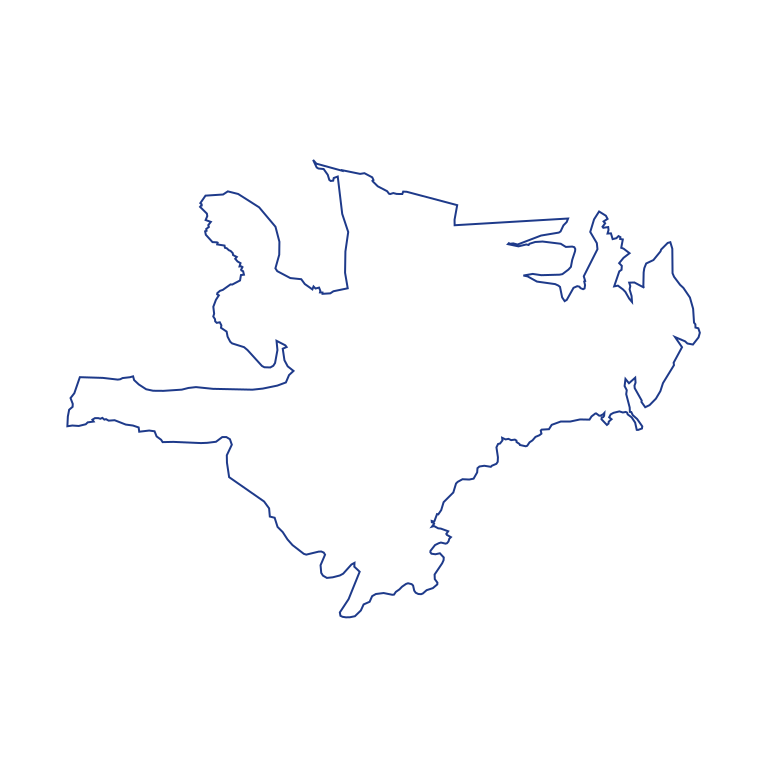 the district of Tarandacuao, Guanajuato, Mexico, rotated 85°
{"feature_id": "50627088B84371982021129", "entity_name": "Tarandacuao", "entity_type": "district", "adm_level": 2, "iso_a3": "MEX", "parent_name": "Mexico", "parent_adm1": "Guanajuato", "projection": "equal_earth", "projection_center": [-100.532, 19.999], "detail": "fine", "context": "isolated", "style": "outline", "palette": "blue", "viewbox_px": 768, "rotation_deg": 85, "n_neighbors": 0, "source": "geoboundaries", "source_scale": "gbopen_adm2", "svg_char_len": 6141}
<svg xmlns="http://www.w3.org/2000/svg" viewBox="0 0 768 768"><g transform="rotate(85 384 384)"><path d="M475.8,284.8L474.8,283.6L473.3,279.0L471.4,277.5L466.9,276.9L456.9,277.5L453.7,275.6L453.4,273.6L450.5,270.9L447.9,271.0L449.8,267.7L449.5,264.8L451.0,262.2L450.8,258.5L451.9,257.0L453.4,257.0L455.5,254.3L456.6,253.9L458.4,248.2L458.0,246.7L454.8,244.1L453.1,241.0L449.9,237.7L448.6,233.7L447.2,231.5L444.0,231.9L443.2,230.9L443.4,223.6L439.3,220.5L436.8,211.2L437.6,201.6L436.4,191.8L437.4,182.4L434.4,180.1L431.8,176.0L431.8,175.2L434.3,172.4L434.4,171.1L433.3,168.4L432.0,167.0L434.9,167.5L436.1,168.5L436.3,170.0L438.1,170.4L444.2,165.5L443.0,163.8L441.1,163.4L438.9,160.4L436.8,162.6L434.0,160.8L432.7,157.8L431.8,151.9L433.2,148.5L432.9,145.6L433.7,144.3L435.5,143.9L438.8,140.2L444.3,137.2L451.7,136.2L451.9,134.9L450.8,130.9L448.7,130.4L440.9,134.9L436.7,138.9L433.5,140.1L433.2,141.5L428.8,141.3L415.2,143.6L411.3,142.7L407.0,144.5L400.0,143.0L404.6,139.9L399.6,133.2L404.6,133.3L407.4,134.6L410.0,134.6L423.0,128.7L424.3,129.1L429.9,125.8L428.2,121.3L422.3,114.4L415.2,109.3L407.4,106.0L390.5,93.5L388.0,93.6L373.3,83.9L362.6,90.0L367.7,80.4L370.1,78.2L371.6,72.8L365.0,66.6L360.5,64.9L355.9,66.0L354.9,68.8L351.7,68.6L349.9,69.8L336.0,69.5L324.5,71.7L314.3,77.4L311.0,80.4L302.5,85.7L298.8,86.9L274.4,85.0L267.7,86.4L268.2,89.1L274.2,96.2L276.0,97.0L284.0,104.8L286.8,112.3L291.3,114.6L295.4,115.6L309.9,117.2L310.8,116.3L304.7,125.7L304.4,130.9L307.9,130.1L311.1,131.1L317.9,129.7L323.9,129.8L320.3,132.3L313.3,135.5L310.6,137.7L306.4,142.4L306.8,146.2L292.3,139.8L290.9,137.4L287.0,136.8L284.1,139.2L279.2,134.4L275.1,128.0L270.0,133.6L269.0,135.8L260.8,133.5L260.1,136.1L258.3,135.7L257.1,137.5L259.0,139.8L259.6,143.6L253.7,144.8L253.6,148.2L250.1,146.9L247.2,147.0L247.5,151.9L246.4,152.6L243.2,149.7L241.2,151.1L239.0,146.9L235.7,148.3L230.9,154.7L238.3,160.4L250.5,165.3L262.2,159.7L268.3,159.6L294.1,175.6L299.0,174.6L299.3,175.6L303.0,175.1L306.3,175.9L306.9,177.4L305.6,179.9L304.1,180.8L303.4,183.0L304.7,186.8L316.1,194.6L317.2,196.8L313.2,199.0L302.6,200.2L301.1,201.8L299.4,204.8L295.3,222.7L289.3,231.6L288.1,235.7L287.3,226.3L289.3,217.8L290.4,199.5L290.1,196.7L286.1,190.3L283.6,187.6L276.8,185.7L268.4,182.1L266.2,181.7L264.3,182.5L263.5,184.5L263.3,190.9L259.7,195.7L255.9,213.6L255.7,221.0L257.0,226.9L258.1,227.8L257.4,230.1L258.6,238.1L255.5,248.3L254.6,247.3L255.3,246.5L255.2,243.0L256.7,238.8L249.8,214.6L248.4,196.6L247.4,194.8L241.6,191.4L238.6,187.9L235.2,186.2L232.0,299.8L226.5,299.4L212.2,295.5L194.5,344.6L194.0,348.1L196.3,349.2L195.8,354.7L194.6,358.1L195.3,361.3L194.9,362.4L192.2,364.1L186.5,373.0L181.1,377.6L180.6,377.8L179.9,376.7L177.1,377.7L172.3,385.1L172.6,389.5L167.4,407.0L168.0,406.9L158.6,432.2L154.6,435.1L162.4,432.2L163.6,430.6L164.6,425.4L170.7,421.8L175.9,420.7L177.1,419.4L177.0,416.9L174.4,416.1L173.3,412.0L210.9,410.8L229.5,406.4L248.6,410.9L269.8,413.1L285.5,411.8L287.2,426.3L289.0,429.6L288.8,437.4L287.5,437.3L287.2,439.8L285.7,439.3L282.3,440.3L282.9,443.9L280.7,445.7L283.5,447.1L277.5,454.2L272.4,457.3L270.3,468.1L262.3,480.5L259.3,482.1L246.1,477.1L233.2,475.8L217.9,478.4L197.1,493.0L182.0,512.7L178.5,522.8L181.2,527.8L180.8,545.4L187.8,551.2L189.1,550.0L191.1,550.1L190.2,550.5L191.5,551.8L198.8,545.6L201.3,545.4L205.1,547.4L207.4,542.4L210.4,545.2L212.3,544.8L214.1,547.6L215.9,547.4L216.3,548.9L219.8,548.5L227.7,542.5L228.3,538.1L228.7,537.4L230.4,538.0L232.2,530.8L234.4,530.6L235.1,528.8L237.2,526.9L238.1,525.2L240.4,523.3L242.4,523.1L244.6,519.6L246.3,521.3L249.2,519.2L251.1,516.4L254.3,517.7L254.4,515.8L255.2,514.8L257.7,516.4L258.5,516.1L259.4,514.5L262.9,514.0L263.0,517.0L268.3,518.4L271.7,526.5L271.4,528.2L276.2,536.4L276.9,539.3L278.9,542.1L280.1,542.4L281.3,540.8L285.5,544.1L292.2,547.3L299.2,547.1L301.9,548.2L304.7,546.7L306.9,546.7L308.5,545.3L308.2,542.2L311.4,540.9L313.8,541.5L318.1,536.2L323.2,535.7L328.5,533.5L330.3,531.8L335.1,520.2L338.3,517.0L355.4,504.0L356.9,501.7L357.6,495.8L356.2,492.7L353.6,490.7L340.9,487.2L331.6,487.3L336.9,478.9L338.7,477.8L340.0,481.8L351.7,481.1L358.0,478.4L363.1,473.0L366.8,477.8L373.9,481.6L376.3,490.4L378.0,505.1L378.2,515.5L373.9,554.9L370.7,571.6L370.9,579.2L372.0,585.9L371.6,604.3L370.6,614.6L368.5,621.4L363.1,628.3L358.3,632.6L354.5,633.3L355.1,636.4L355.3,643.9L356.3,646.4L356.4,648.9L353.4,663.6L350.7,686.4L366.2,693.3L370.7,697.5L376.7,695.8L379.6,696.2L382.2,699.9L388.9,701.8L398.5,703.1L398.2,698.1L399.2,691.7L398.1,684.6L396.4,682.5L396.1,676.5L394.1,677.6L392.8,674.9L393.1,671.6L393.9,669.6L393.2,667.5L395.1,665.7L394.8,664.0L396.5,661.5L396.6,655.5L401.9,644.8L403.5,637.7L405.9,632.2L410.2,632.0L409.9,622.0L411.1,616.7L416.4,615.1L420.1,610.9L422.6,609.6L423.3,598.9L426.9,571.5L427.2,565.1L426.9,556.4L422.8,549.8L423.1,545.7L425.6,542.3L431.2,540.9L441.3,546.8L448.7,547.3L463.3,546.4L490.6,513.7L497.9,509.3L506.1,509.3L507.7,504.6L517.1,502.5L522.7,497.8L530.4,493.7L536.5,489.2L546.2,478.7L547.2,476.3L545.3,463.7L545.4,461.1L546.7,458.7L548.9,457.6L559.0,463.0L566.7,463.0L569.6,461.5L572.2,457.8L572.1,451.9L570.9,444.7L569.4,441.2L561.0,432.2L559.6,429.0L563.4,429.5L568.9,424.6L595.2,438.0L607.7,447.9L611.1,447.6L612.3,445.6L613.1,442.4L613.4,438.4L612.8,433.2L607.6,426.8L601.8,423.5L599.7,417.3L594.3,414.3L592.5,410.4L592.2,402.6L594.7,394.1L594.7,392.4L592.1,390.3L590.0,386.6L587.5,383.7L585.1,379.5L584.6,377.4L585.8,373.9L587.3,372.6L592.5,371.9L594.7,370.6L596.2,368.1L596.6,365.4L596.1,363.6L593.1,359.5L591.6,353.1L588.3,348.4L586.6,348.1L582.8,350.4L578.2,350.2L567.7,341.7L564.7,340.0L562.0,339.6L557.5,343.1L558.1,347.6L557.2,351.5L555.6,352.5L554.2,352.2L548.9,347.2L547.4,343.4L546.9,341.1L548.4,336.6L548.1,335.1L546.5,333.5L543.8,332.4L542.4,330.7L539.8,334.5L538.8,335.0L536.3,332.9L533.0,340.0L532.5,342.6L529.9,346.5L530.3,348.7L527.5,346.2L526.7,346.5L525.9,348.4L524.6,348.4L525.3,346.8L525.0,345.7L518.2,342.5L518.6,341.3L514.6,338.0L506.9,334.9L498.1,324.4L489.4,320.9L487.9,319.1L485.7,314.1L486.6,307.4L486.1,303.0L480.2,298.9L476.0,298.2L474.5,296.1L474.2,291.2L475.8,284.8Z" fill="none" stroke="#1e3a8a" stroke-width="2"/></g></svg>